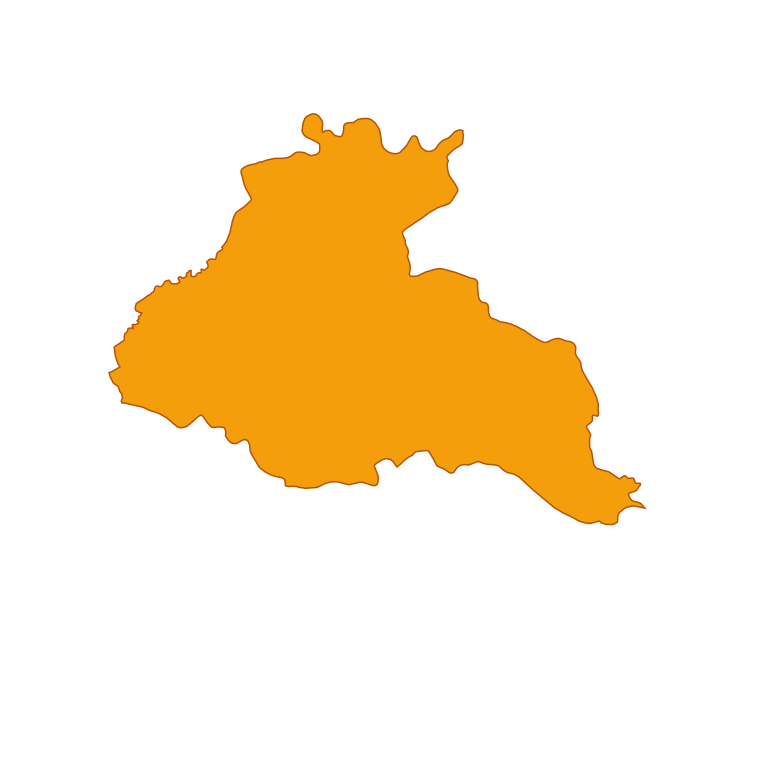 the district of Wiang Chiang Rung, Chiang Rai, Thailand, rotated 52°
{"feature_id": "78962969B94176504634652", "entity_name": "Wiang Chiang Rung", "entity_type": "district", "adm_level": 2, "iso_a3": "THA", "parent_name": "Thailand", "parent_adm1": "Chiang Rai", "projection": "mercator", "projection_center": [100.013, 20.012], "detail": "fine", "context": "isolated", "style": "filled", "palette": "amber", "viewbox_px": 768, "rotation_deg": 52, "n_neighbors": 0, "source": "geoboundaries", "source_scale": "gbopen_adm2", "svg_char_len": 6170}
<svg xmlns="http://www.w3.org/2000/svg" viewBox="0 0 768 768"><g transform="rotate(52 384 384)"><path d="M642.4,254.8L636.2,255.2L634.2,256.3L630.2,259.5L627.9,260.5L625.4,260.4L621.6,259.4L621.1,258.9L620.9,258.1L623.2,251.6L623.3,250.4L622.1,247.2L621.5,244.2L620.9,243.5L620.0,243.3L617.3,246.6L616.3,246.8L613.6,245.7L611.9,245.4L610.7,246.5L608.7,249.9L604.7,250.4L604.1,251.6L603.9,256.2L603.1,257.2L592.0,260.7L584.9,266.0L580.7,268.6L577.6,268.5L574.6,267.3L565.3,262.1L560.4,260.8L553.9,255.9L551.4,252.5L549.3,251.9L542.7,251.1L542.0,250.7L541.7,249.7L541.8,245.1L541.4,242.9L540.8,242.0L537.8,239.7L537.3,238.9L537.5,238.2L540.8,235.5L540.7,234.7L539.0,232.8L535.5,230.7L532.9,228.3L531.1,227.2L524.6,224.6L515.0,222.2L504.7,221.0L495.2,219.4L492.9,218.5L487.8,215.6L480.4,215.2L477.8,214.4L473.3,210.4L470.8,209.6L468.9,209.6L465.8,210.7L462.0,214.2L457.1,217.1L455.6,218.3L454.0,220.9L452.8,223.7L451.2,230.3L449.7,232.2L446.2,234.2L441.8,236.2L435.0,238.5L428.9,240.2L420.1,244.2L415.6,246.7L411.1,249.8L406.5,254.2L402.3,256.2L397.8,258.9L395.7,259.0L392.2,257.6L387.2,254.1L385.2,253.4L382.9,253.8L379.5,256.6L377.9,256.9L375.5,256.6L372.0,255.1L365.1,250.5L361.5,247.7L359.4,247.2L357.4,247.6L353.4,250.8L339.9,259.1L329.6,266.8L327.3,269.2L325.2,272.7L321.5,282.0L319.8,289.8L319.0,292.1L315.9,296.2L314.9,296.7L313.6,296.6L312.6,296.0L309.5,292.7L306.8,290.5L304.5,289.4L297.9,287.1L295.2,283.7L294.0,282.9L293.0,282.4L287.1,281.0L283.2,278.6L278.1,277.4L276.0,276.3L275.4,274.8L275.2,271.2L276.6,251.3L276.8,242.8L278.2,232.7L281.5,223.6L281.9,221.5L281.6,218.6L277.9,208.2L277.3,207.1L275.9,206.0L273.0,205.3L270.3,204.9L260.3,204.3L258.1,203.7L255.1,202.3L249.2,198.7L247.7,195.8L244.0,195.1L243.1,193.4L242.2,186.4L242.3,182.8L243.0,177.0L242.9,174.3L237.0,168.3L234.3,167.1L233.0,165.9L231.5,166.7L229.8,168.8L228.7,173.2L229.5,177.4L229.8,181.9L228.7,185.9L228.3,188.8L228.7,193.0L230.0,196.8L230.4,199.3L230.1,201.8L229.0,204.6L228.0,205.9L226.0,207.6L222.0,209.0L220.2,209.0L215.3,208.1L209.9,206.0L207.8,206.7L206.5,208.3L206.4,209.7L206.6,210.9L210.1,219.6L211.3,228.4L211.1,230.5L209.1,233.9L206.2,236.4L203.7,237.8L201.2,238.6L197.3,239.1L193.8,238.2L183.4,232.2L179.9,230.8L172.6,230.2L169.1,231.0L167.0,231.8L164.4,233.7L161.5,237.7L159.5,241.5L159.1,247.1L156.0,251.6L155.1,253.9L155.2,255.3L155.9,256.8L159.3,259.8L161.5,262.4L162.6,264.9L162.2,266.4L157.8,269.9L152.7,270.2L150.7,270.8L148.4,273.9L147.9,277.4L145.3,276.2L142.3,273.1L140.4,271.6L138.9,270.9L134.2,270.4L130.8,271.0L128.5,272.2L127.1,274.1L126.4,275.8L125.6,280.1L126.0,282.8L128.4,286.9L133.6,292.3L135.1,293.2L138.0,293.7L141.1,293.4L149.8,289.0L155.0,287.0L157.1,288.2L160.5,291.1L161.1,291.8L161.6,293.3L161.5,296.0L159.5,300.4L157.6,302.0L153.9,303.6L151.1,305.7L148.9,308.2L147.4,310.6L147.0,313.8L147.2,317.1L146.3,320.2L144.2,324.3L138.9,331.2L135.3,338.7L134.1,342.6L132.5,345.4L131.5,349.4L128.9,354.5L127.8,357.5L127.2,360.5L127.1,362.9L127.6,364.7L128.9,366.2L141.1,371.4L144.2,372.4L154.9,374.1L157.1,375.0L157.5,376.2L158.3,385.0L157.7,394.0L158.5,396.8L159.7,399.3L162.7,403.6L169.9,412.2L174.6,420.4L176.0,425.1L176.2,427.5L177.9,427.7L178.6,428.9L177.9,431.3L178.1,434.5L179.2,436.6L181.4,438.8L181.8,440.1L181.4,440.9L179.0,443.2L178.4,445.0L178.4,446.1L178.6,448.1L179.0,448.8L182.2,449.6L183.1,450.3L183.5,451.2L184.0,455.4L181.8,456.5L181.1,457.5L183.2,459.0L183.6,459.7L183.5,460.2L182.4,461.3L181.9,463.2L183.1,466.3L181.2,469.0L180.4,469.4L178.2,468.2L176.1,466.2L175.6,466.3L175.2,466.9L174.8,468.0L175.5,469.0L175.2,471.2L175.7,471.9L177.3,473.0L177.6,475.1L176.7,477.3L174.7,478.2L173.9,478.9L173.6,480.4L174.5,481.5L177.8,481.9L177.8,484.6L176.5,487.1L174.3,489.4L173.4,489.7L170.6,489.4L169.6,489.8L168.5,492.6L168.4,494.0L169.8,496.9L170.1,499.3L169.3,500.7L167.1,502.4L166.6,503.9L167.6,506.2L169.1,507.9L169.5,508.9L169.1,510.4L169.6,512.9L169.0,515.3L168.7,523.0L168.0,529.5L170.7,533.2L173.4,534.3L174.3,534.0L175.2,533.2L177.1,532.7L178.8,531.0L180.0,533.7L179.8,535.3L180.0,536.2L182.0,537.4L182.2,539.7L183.9,539.2L184.9,539.6L184.3,543.4L182.9,544.5L182.4,545.9L183.3,546.6L184.8,546.4L185.6,547.1L185.8,547.6L184.3,548.5L182.7,551.5L184.1,553.2L185.0,555.4L184.7,557.0L186.4,559.2L188.9,561.1L189.5,562.2L188.7,573.9L195.8,578.0L200.2,579.9L204.7,581.2L208.0,581.6L206.8,590.4L205.8,593.7L209.7,595.3L216.7,596.7L222.1,595.1L224.3,595.6L227.1,596.8L230.6,596.8L234.0,598.7L235.0,600.7L235.7,601.5L237.6,602.1L239.9,599.5L246.4,594.5L251.7,589.9L255.8,587.1L258.9,585.9L261.2,584.5L265.5,581.4L269.1,579.3L277.0,576.0L289.3,573.5L291.5,572.7L293.3,571.2L295.0,568.4L296.0,565.3L295.8,557.0L295.3,550.3L295.7,547.5L296.5,546.9L299.6,546.6L305.8,547.1L311.8,546.5L313.2,545.3L316.1,540.6L319.1,537.5L320.3,536.9L321.6,537.0L324.1,538.0L327.4,540.9L333.1,541.3L335.5,540.9L337.3,540.0L339.3,538.2L340.2,536.3L341.0,530.8L341.6,528.7L342.7,527.2L344.4,526.5L345.5,526.4L349.6,527.6L354.7,530.8L357.1,531.5L372.6,533.5L374.8,533.2L379.9,531.8L385.5,529.4L388.8,527.4L395.4,521.9L397.0,521.2L399.0,521.4L403.6,524.3L405.8,522.6L408.6,518.7L410.7,516.3L413.2,514.4L417.7,510.2L423.7,501.4L424.6,499.3L426.3,491.1L428.8,485.7L430.2,483.6L433.0,480.4L441.7,473.8L446.5,463.7L447.7,462.0L450.1,460.0L455.3,456.7L457.5,455.0L458.6,453.5L458.9,451.8L458.4,450.2L454.9,446.5L452.7,445.2L442.7,442.2L442.0,440.8L442.0,437.0L442.8,431.7L443.3,430.0L444.2,428.2L446.7,425.9L447.8,425.2L450.8,424.6L457.4,424.9L457.3,420.2L456.7,414.2L456.8,410.3L457.6,405.1L456.9,402.6L456.9,401.0L459.4,396.3L462.7,391.3L464.0,390.4L465.6,390.3L474.7,391.4L479.5,392.5L481.6,392.5L488.5,388.7L493.1,387.4L495.0,386.5L496.3,384.7L496.5,383.2L494.8,377.6L495.0,373.9L496.7,370.6L500.0,367.1L502.8,358.0L503.4,357.2L508.1,354.3L511.0,351.9L516.2,346.2L519.3,344.0L525.7,342.8L529.8,341.3L534.9,337.1L540.0,334.9L559.4,331.7L586.0,326.0L596.4,322.0L604.9,317.6L611.5,315.0L615.1,312.7L618.6,309.9L620.8,307.4L623.0,302.6L624.3,299.0L625.6,298.4L627.4,298.2L631.8,295.0L634.2,292.1L636.1,288.8L636.5,285.8L636.2,284.7L631.5,280.4L630.3,277.9L630.0,273.3L630.5,268.9L632.5,264.4L633.8,262.3L642.4,254.8Z" fill="#f59e0b" stroke="#b45309" stroke-width="1.5"/></g></svg>